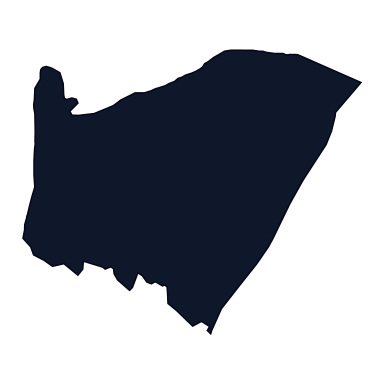 the district of Madagali, Adamawa, Nigeria
{"feature_id": "59680162B31090464189446", "entity_name": "Madagali", "entity_type": "district", "adm_level": 2, "iso_a3": "NGA", "parent_name": "Nigeria", "parent_adm1": "Adamawa", "projection": "natural_earth1", "projection_center": [13.488, 10.795], "detail": "fine", "context": "isolated", "style": "filled", "palette": "ink", "viewbox_px": 384, "rotation_deg": 0, "n_neighbors": 0, "source": "geoboundaries", "source_scale": "gbopen_adm2", "svg_char_len": 1708}
<svg xmlns="http://www.w3.org/2000/svg" viewBox="0 0 384 384"><path d="M35.1,125.8L35.2,132.5L35.1,135.7L35.0,141.1L35.2,144.0L34.6,148.9L34.2,156.4L34.0,160.8L34.0,173.1L34.0,175.4L34.8,187.0L32.0,196.4L29.3,206.8L28.6,209.8L27.6,214.1L26.8,216.5L26.5,218.4L24.7,224.7L24.6,229.9L23.0,238.3L30.8,247.0L33.6,254.9L44.1,260.3L52.5,266.3L63.9,263.7L64.9,264.5L77.9,275.2L82.7,269.2L83.4,261.2L102.9,267.2L105.1,269.1L110.9,266.8L113.6,268.8L114.1,273.7L117.6,279.9L129.6,290.4L132.5,287.3L137.9,272.8L142.4,275.8L146.9,282.1L151.4,283.8L155.3,281.7L162.5,285.9L164.9,284.9L167.1,287.0L167.5,292.3L168.0,303.5L176.3,310.3L192.7,326.1L201.5,321.4L209.6,326.5L207.3,330.5L210.7,333.8L211.7,330.4L221.4,308.7L240.0,284.9L250.8,271.3L256.6,264.0L268.3,247.0L272.6,239.2L286.8,210.0L289.9,203.6L303.0,180.2L326.2,144.4L327.9,140.0L331.4,131.4L335.1,116.4L335.5,112.4L360.4,83.2L360.6,82.9L361.0,82.5L338.0,72.4L327.8,67.9L320.7,64.8L310.3,60.2L301.9,56.5L297.4,54.6L290.8,54.5L289.3,54.5L288.2,54.9L285.6,54.7L283.7,53.8L282.9,53.5L280.3,53.5L278.5,53.5L274.7,53.5L266.5,52.4L262.9,51.3L259.3,51.3L252.9,50.3L231.1,50.2L224.6,51.2L217.9,55.1L213.7,57.5L208.2,61.7L204.6,63.7L202.7,66.9L200.0,69.0L196.6,70.9L196.4,71.1L191.8,73.1L185.4,75.2L181.8,77.3L178.1,78.4L174.5,81.5L169.0,83.6L165.4,85.7L159.4,87.6L155.3,88.8L150.8,90.9L144.4,92.9L135.3,92.9L135.1,92.9L120.8,100.0L113.3,105.7L94.1,113.6L78.5,115.4L72.0,115.2L69.8,111.3L77.9,103.1L76.3,99.2L71.8,98.0L66.7,99.5L64.4,98.5L63.7,94.9L63.2,83.6L59.9,72.8L52.6,68.6L49.9,67.5L46.2,66.5L42.6,67.5L40.8,69.6L40.3,72.9L40.3,79.1L34.9,88.3L34.4,99.3L33.7,104.7L33.9,108.5L34.7,112.5L34.9,114.7L35.1,125.8Z" fill="#0f172a" stroke="#020617" stroke-width="1.5"/></svg>